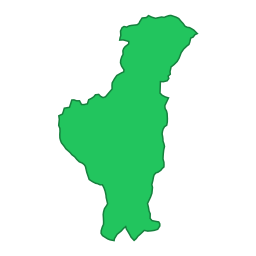 Borebi, São Paulo, Brazil
{"feature_id": "56859067B22613522920734", "entity_name": "Borebi", "entity_type": "district", "adm_level": 2, "iso_a3": "BRA", "parent_name": "Brazil", "parent_adm1": "São Paulo", "projection": "albers", "projection_center": [-48.988, -22.685], "detail": "fine", "context": "isolated", "style": "filled", "palette": "green", "viewbox_px": 256, "rotation_deg": 0, "n_neighbors": 0, "source": "geoboundaries", "source_scale": "gbopen_adm2", "svg_char_len": 2566}
<svg xmlns="http://www.w3.org/2000/svg" viewBox="0 0 256 256"><path d="M58.8,115.8L59.3,119.4L58.7,125.4L59.9,128.4L60.0,131.4L59.8,134.5L59.9,138.0L60.5,140.3L61.4,142.7L64.6,146.8L65.8,148.7L70.1,152.5L71.9,154.7L74.7,156.8L76.8,159.4L79.3,161.8L82.3,163.1L84.2,164.6L85.4,166.4L86.8,172.4L87.8,175.3L89.2,179.5L92.4,181.6L95.7,183.3L97.7,183.7L100.0,184.8L102.4,184.8L104.0,187.9L105.2,191.3L106.0,195.2L106.2,197.6L106.9,200.6L107.6,203.8L106.5,205.7L104.5,208.6L103.6,211.7L103.2,214.5L103.4,217.6L103.6,221.6L103.5,224.4L102.3,227.0L101.2,230.7L101.1,233.3L102.5,235.6L105.0,237.2L107.7,238.9L110.0,239.8L114.1,240.6L114.5,238.6L117.1,234.3L121.2,231.0L123.5,228.4L125.7,226.6L126.4,229.1L127.7,231.1L129.9,234.9L131.1,237.2L134.1,240.4L136.1,238.7L138.0,236.1L140.1,234.3L141.9,232.6L144.2,230.4L147.8,231.1L151.2,230.8L154.2,230.4L157.7,229.3L159.8,226.0L159.8,223.9L158.7,221.9L155.8,221.4L152.0,220.6L150.1,218.4L150.2,213.8L149.1,211.2L148.4,207.1L147.5,203.5L150.5,197.1L151.9,193.2L152.5,187.4L151.8,184.6L152.8,180.6L153.4,177.4L154.0,175.1L155.7,173.0L158.0,172.2L160.8,170.3L162.3,168.4L163.9,167.0L164.0,164.7L163.9,162.3L163.0,159.0L163.1,156.3L163.3,153.7L163.7,149.9L164.5,146.5L163.9,143.7L163.0,141.1L162.9,138.7L162.6,136.4L162.1,133.9L162.5,131.3L163.1,129.1L164.5,126.7L166.7,125.2L167.3,122.0L167.4,118.6L167.1,113.4L166.5,111.0L165.1,108.6L164.8,105.7L168.5,97.9L165.2,96.9L162.2,95.3L160.0,93.1L160.4,81.6L163.4,81.7L167.1,80.8L168.8,78.5L168.1,76.1L170.3,74.2L170.0,71.8L170.6,69.1L171.0,67.0L174.1,64.5L177.1,61.5L179.0,58.3L181.2,52.6L183.7,49.0L187.1,45.8L188.9,44.5L189.7,42.3L190.7,38.1L193.1,37.1L195.0,34.6L197.3,33.6L195.4,31.7L193.8,30.1L191.7,28.8L189.5,27.6L187.2,27.3L185.0,26.2L183.1,23.5L181.1,21.4L178.7,18.5L176.2,17.2L173.9,16.4L170.9,15.4L169.0,15.6L166.0,16.6L164.2,17.4L161.6,17.0L158.2,17.7L155.5,18.3L151.6,17.1L148.5,15.6L146.5,17.5L144.2,17.8L142.1,18.0L139.8,21.6L138.9,23.5L137.1,24.8L131.6,25.4L129.3,25.8L126.7,27.1L124.0,26.5L122.1,27.7L120.5,31.1L120.8,35.5L120.1,37.8L119.7,40.1L123.1,39.9L126.1,40.7L128.8,41.5L128.6,44.0L125.2,46.6L123.7,48.5L122.9,50.8L123.1,54.4L121.8,56.7L120.7,60.1L120.5,62.8L121.5,65.9L122.6,67.7L124.0,69.8L123.7,71.9L121.8,72.7L118.9,74.3L116.8,75.5L114.6,78.6L112.2,82.9L112.0,85.5L112.1,89.0L105.5,96.8L103.0,97.6L100.5,96.3L98.7,94.4L95.4,94.8L93.8,96.8L91.2,98.5L88.7,99.7L87.4,103.8L84.0,104.6L81.5,104.5L79.5,100.8L76.6,100.8L74.0,99.9L71.8,100.0L70.7,103.6L69.5,107.3L64.3,108.2L63.2,112.0L62.4,114.1L58.8,115.8Z" fill="#22c55e" stroke="#15803d" stroke-width="1.5"/></svg>